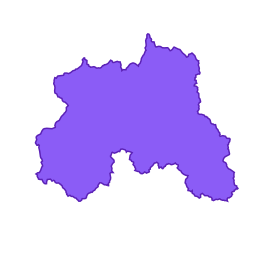 Antabamba, Apurímac, Peru, rotated 170°
{"feature_id": "86281439B67377486852449", "entity_name": "Antabamba", "entity_type": "district", "adm_level": 2, "iso_a3": "PER", "parent_name": "Peru", "parent_adm1": "Apurímac", "projection": "albers", "projection_center": [-72.759, -14.434], "detail": "fine", "context": "isolated", "style": "filled", "palette": "violet", "viewbox_px": 256, "rotation_deg": 170, "n_neighbors": 0, "source": "geoboundaries", "source_scale": "gbopen_adm2", "svg_char_len": 5708}
<svg xmlns="http://www.w3.org/2000/svg" viewBox="0 0 256 256"><g transform="rotate(170 128 128)"><path d="M46.0,40.2L45.2,39.6L44.2,39.6L42.7,38.7L42.9,39.9L42.5,41.2L42.0,41.7L41.5,41.9L40.6,41.6L38.0,42.8L37.5,43.5L37.4,43.9L36.6,44.7L37.3,45.7L37.1,46.6L36.1,47.1L34.5,47.2L34.1,48.3L32.6,48.6L32.1,49.4L30.8,48.9L30.2,49.4L31.2,51.1L31.0,52.0L32.6,53.0L33.0,53.8L33.0,57.2L32.6,58.0L33.1,60.4L32.0,61.4L32.1,62.2L31.5,65.1L31.0,65.8L34.5,69.4L36.2,70.5L37.5,73.4L37.2,74.9L37.8,76.8L39.7,78.2L40.2,79.1L39.1,81.4L37.4,82.8L32.8,84.3L32.5,85.1L32.7,89.6L33.3,90.1L32.6,91.3L32.8,94.0L32.0,94.2L31.4,95.9L30.3,96.9L29.4,99.3L29.8,100.1L32.4,100.7L33.0,101.6L33.4,102.9L36.0,104.0L38.7,103.8L39.1,105.1L38.4,105.7L38.7,106.7L38.5,107.3L39.4,108.6L39.8,110.7L41.0,112.5L41.2,116.1L42.6,116.2L43.4,117.1L44.5,117.4L45.2,118.1L45.6,118.6L45.7,121.3L46.2,122.6L47.6,123.8L47.8,124.8L48.7,125.2L49.1,125.8L50.1,125.8L50.7,127.4L53.4,128.8L55.1,129.0L56.5,130.1L56.4,131.6L56.7,132.3L55.3,133.5L54.6,134.5L54.9,135.7L54.5,136.2L54.2,137.5L54.7,138.6L53.3,140.7L52.2,140.9L51.9,141.7L52.2,144.4L52.9,145.5L52.3,149.7L53.7,151.5L52.6,153.5L52.8,154.9L52.3,155.4L52.7,156.3L53.8,157.4L55.5,158.0L55.2,158.9L54.5,159.6L52.5,160.2L53.0,161.1L52.6,163.0L54.0,163.7L53.4,164.9L53.4,165.7L52.3,166.2L52.1,168.3L49.4,169.0L48.2,168.7L47.5,169.8L48.1,172.2L47.4,174.5L47.8,177.7L47.6,178.6L47.0,179.2L47.1,181.1L46.8,181.9L47.5,182.0L48.9,183.8L49.6,187.5L51.8,190.6L52.2,190.7L53.2,190.2L55.3,190.0L56.3,188.1L57.1,187.7L58.1,187.7L58.7,189.4L61.3,192.5L63.2,196.2L65.0,197.1L68.4,199.6L68.9,199.6L70.7,197.7L72.2,196.9L73.1,196.8L74.5,199.7L75.1,200.2L78.4,200.6L80.3,201.1L81.7,202.5L83.5,203.1L86.3,202.9L86.9,203.8L87.4,207.3L87.2,208.0L87.6,208.3L89.2,208.6L89.8,209.2L90.0,209.9L89.5,211.0L89.7,212.0L90.6,213.0L90.6,215.2L91.0,216.6L92.1,217.3L93.2,216.5L93.8,213.2L94.4,212.9L95.4,211.0L95.7,206.4L96.2,205.1L97.3,203.9L96.8,201.3L97.5,200.9L99.6,197.4L100.4,197.0L102.7,194.2L103.5,191.9L104.4,190.4L104.9,189.6L106.5,188.5L107.0,187.2L109.7,190.1L111.2,191.0L112.2,191.2L114.5,190.7L115.4,190.2L117.7,188.0L119.2,187.1L119.9,185.7L122.6,186.3L124.1,185.5L124.0,187.6L124.7,189.2L123.9,191.2L124.3,194.5L125.6,194.6L127.0,195.5L130.3,195.0L131.4,195.1L131.8,195.7L131.9,196.6L133.3,197.8L136.5,195.0L138.7,194.3L140.4,194.4L141.2,193.7L142.1,193.8L143.9,192.2L145.4,191.9L146.7,192.4L148.1,192.3L149.1,192.8L149.3,193.3L150.9,194.3L154.3,194.3L154.8,195.1L155.8,195.7L155.9,197.3L156.8,197.5L157.4,198.2L156.7,201.6L158.7,203.3L158.5,204.4L158.7,204.6L159.4,204.6L161.2,203.0L160.7,201.8L160.9,200.9L162.9,197.6L167.6,195.0L169.4,195.0L170.2,194.1L172.2,194.0L175.0,192.5L177.0,191.9L178.7,192.7L180.8,193.1L181.6,192.6L182.0,191.5L182.6,191.1L188.0,191.4L188.6,191.0L189.8,189.5L191.3,190.3L192.5,187.8L192.8,185.8L193.3,185.2L193.4,184.2L192.9,182.6L192.9,180.4L193.8,177.4L193.9,175.2L192.2,173.8L191.6,170.8L190.4,170.5L189.6,169.5L188.0,168.6L187.8,166.3L187.0,165.1L185.4,164.3L183.6,161.8L183.0,160.4L185.2,158.9L185.6,156.0L187.1,154.2L188.3,153.6L188.7,152.9L191.6,150.9L194.4,147.4L197.0,146.6L198.5,145.4L199.6,143.1L199.3,141.6L199.6,141.2L203.0,140.5L208.0,141.8L210.5,141.9L211.6,141.6L213.2,140.1L215.1,137.3L218.6,136.3L219.9,135.2L220.1,134.4L219.9,132.4L221.6,129.8L221.7,129.3L220.7,126.8L219.9,126.7L219.2,127.2L218.4,126.4L219.2,124.3L219.0,120.6L219.2,114.9L219.0,113.6L218.3,112.6L218.0,110.3L219.5,109.4L218.7,106.5L218.7,105.4L219.6,104.6L221.4,101.4L223.0,99.5L224.6,99.6L226.6,98.7L225.3,97.5L225.8,96.5L225.5,95.0L225.0,94.0L225.0,93.2L223.4,92.5L221.7,92.3L220.9,89.4L220.0,87.9L219.0,87.4L217.9,87.3L217.5,89.1L216.4,91.3L213.3,91.1L212.8,90.5L212.2,89.0L211.7,88.9L210.4,89.4L209.6,88.9L209.1,87.0L207.8,86.1L205.8,85.9L204.7,84.5L204.1,84.3L203.7,83.3L203.0,82.8L202.7,80.6L201.1,78.8L200.0,76.4L200.2,75.3L199.6,73.7L199.9,73.1L199.2,72.4L198.9,71.3L196.8,71.8L195.8,70.5L194.2,70.2L192.6,68.5L191.1,67.8L190.6,66.5L189.9,65.8L189.2,64.5L187.8,64.2L186.2,65.0L185.4,66.4L183.6,66.0L181.8,66.0L180.8,67.2L180.8,67.7L179.4,69.7L178.2,70.5L175.9,70.9L175.6,71.3L174.4,70.9L173.0,72.2L171.6,72.5L170.2,74.1L167.8,75.3L167.5,75.8L167.6,76.7L165.3,79.0L163.7,78.5L161.2,76.2L159.5,75.8L159.0,75.4L158.3,75.7L157.6,74.6L157.1,74.6L156.9,76.9L155.5,77.9L155.4,79.1L154.3,80.2L153.7,82.0L153.7,86.4L152.7,87.1L150.4,86.7L151.5,88.8L150.8,91.0L151.1,93.4L149.3,95.7L147.6,96.8L147.4,98.8L150.1,102.7L150.1,103.5L149.6,103.8L148.1,106.6L147.7,106.8L145.8,105.6L143.6,105.9L141.5,106.7L140.3,106.2L138.9,108.3L137.3,108.3L134.6,107.0L133.9,105.6L133.8,104.5L132.7,105.2L132.1,105.1L130.2,104.3L128.2,103.0L130.6,100.8L132.0,96.7L130.5,95.7L130.2,94.5L128.5,93.5L128.5,92.6L129.4,91.1L128.1,89.1L128.1,88.1L127.6,86.9L127.8,85.7L128.6,85.0L125.9,83.5L124.6,83.2L124.0,81.7L123.3,81.3L123.1,80.8L121.7,80.5L120.2,81.1L119.4,81.8L118.2,81.1L117.8,80.4L115.1,80.9L114.6,81.2L114.7,83.1L113.2,83.6L113.1,84.6L112.6,85.3L110.1,86.8L108.1,88.9L106.7,88.8L105.6,89.3L104.2,87.6L104.8,86.2L104.4,84.9L104.5,83.3L103.9,83.1L103.3,83.7L102.1,83.8L101.4,82.2L100.8,81.9L99.6,82.9L99.1,83.6L97.9,83.8L97.6,84.5L95.9,85.7L95.1,85.4L94.3,85.9L92.8,85.2L92.1,84.5L91.2,84.3L89.0,84.6L87.5,85.3L86.7,84.0L85.0,82.9L85.2,81.4L86.5,80.2L84.9,77.7L83.2,76.3L83.0,75.1L82.2,73.8L80.9,72.5L79.3,71.4L77.2,70.7L77.8,69.8L78.0,68.8L80.1,67.4L81.3,64.0L80.7,63.1L80.1,59.6L79.0,57.8L79.8,56.4L79.8,56.0L78.2,55.5L76.9,54.3L75.7,55.1L76.0,52.5L74.6,51.4L73.9,49.4L71.6,48.5L70.0,46.6L68.5,47.2L68.1,49.9L66.2,50.7L64.1,48.0L61.1,47.5L59.9,45.9L58.8,45.8L57.9,45.0L57.5,43.9L57.8,42.6L56.4,41.7L53.7,42.5L52.1,41.9L50.0,42.3L49.2,41.4L47.4,40.4L46.0,40.2Z" fill="#8b5cf6" stroke="#5b21b6" stroke-width="1.5"/></g></svg>